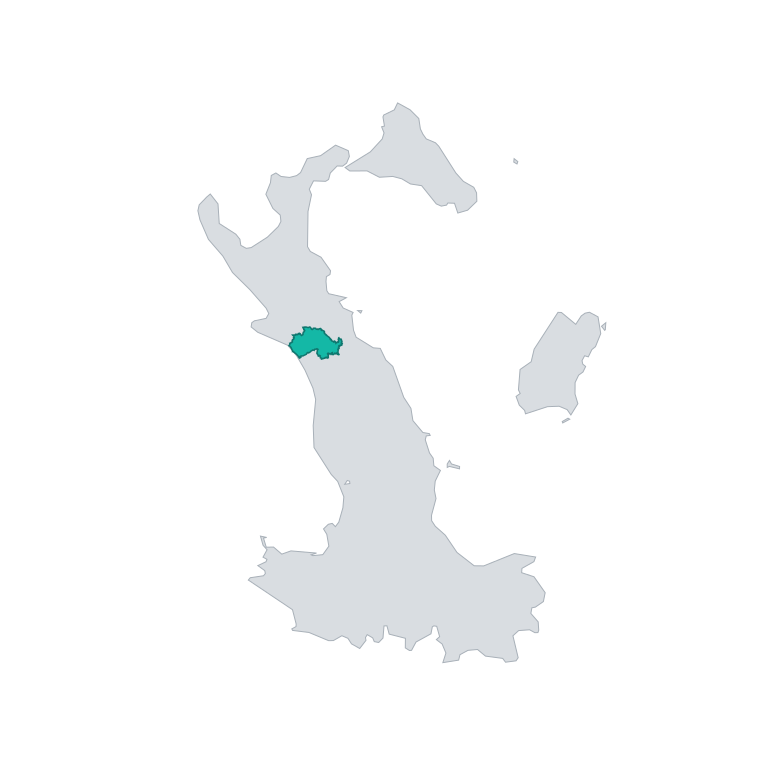 location of Molise, Campobasso, Italy, rotated 204°
{"feature_id": "23120603B60242334488993", "entity_name": "Molise", "entity_type": "district", "adm_level": 2, "iso_a3": "ITA", "parent_name": "Italy", "parent_adm1": "Campobasso", "projection": "robinson", "projection_center": [14.558, 41.717], "detail": "fine", "context": "in_parent", "style": "filled", "palette": "teal", "viewbox_px": 768, "rotation_deg": 204, "n_neighbors": 0, "source": "geoboundaries", "source_scale": "gbopen_adm2", "svg_char_len": 9241}
<svg xmlns="http://www.w3.org/2000/svg" viewBox="0 0 768 768"><g transform="rotate(204 384 384)"><path d="M159.8,179.3L164.0,181.6L180.6,176.7L190.6,179.5L199.0,174.8L204.5,167.6L203.5,162.1L216.9,153.4L218.0,163.4L225.1,170.1L232.2,171.8L230.4,175.8L237.3,184.1L240.1,183.3L241.1,181.8L239.5,174.9L249.8,161.3L250.5,151.9L252.3,150.9L257.2,151.6L261.0,160.4L277.5,157.6L283.0,164.3L285.6,163.0L281.6,151.5L283.7,145.7L288.1,144.7L291.1,147.5L297.4,148.2L297.8,144.8L296.2,142.5L298.6,132.5L308.0,133.4L313.5,137.0L320.1,136.9L325.9,129.0L330.3,127.0L351.5,126.5L367.3,121.7L368.6,122.8L365.7,126.6L366.6,129.0L375.8,140.6L428.2,149.7L427.4,152.6L416.1,159.8L415.3,162.6L417.0,165.0L425.4,166.8L419.5,173.6L419.6,176.2L424.1,176.6L423.4,185.0L428.9,187.5L435.0,194.8L428.8,196.1L431.4,194.2L425.2,187.0L418.6,190.1L408.2,187.0L401.1,193.7L376.9,202.1L381.1,198.3L379.3,198.2L370.5,203.2L368.4,213.4L375.1,223.4L380.3,227.0L377.8,233.2L374.6,235.6L370.4,233.9L369.1,239.4L371.2,254.2L374.8,264.6L386.7,276.2L395.4,279.9L422.1,297.5L431.8,317.3L440.1,342.0L447.2,351.3L461.8,364.5L475.2,374.2L487.7,380.2L520.4,379.9L528.6,382.1L529.7,386.2L528.1,389.0L518.4,396.0L517.9,401.5L522.5,405.3L544.8,415.6L567.7,424.2L583.2,435.3L603.2,444.7L618.9,459.1L624.5,466.6L625.7,472.5L622.0,482.7L620.0,486.9L608.9,481.0L599.8,463.6L580.3,460.6L574.5,457.6L571.2,452.4L565.0,451.9L560.8,454.6L550.2,470.8L544.6,484.9L544.3,490.6L547.5,496.1L556.9,499.2L569.1,509.3L569.6,521.7L571.8,528.7L568.6,532.8L562.5,531.7L554.3,534.3L548.6,538.8L546.2,543.2L545.8,558.7L534.8,566.8L525.4,582.5L511.5,582.6L508.2,577.8L508.0,570.6L510.4,566.2L515.5,564.1L518.9,554.9L517.8,548.3L519.8,545.4L531.0,540.9L531.5,531.6L527.2,527.4L523.6,510.7L509.7,478.3L505.2,475.1L493.1,474.2L478.9,465.7L477.9,462.1L480.3,458.7L478.7,454.1L474.2,446.0L471.2,444.0L453.5,447.5L458.5,441.0L452.2,436.8L441.3,436.8L441.4,433.8L433.7,420.7L428.5,415.4L408.5,412.7L401.9,415.0L392.1,406.7L383.1,403.6L360.5,379.8L349.5,372.7L342.7,362.3L328.8,355.5L322.4,357.1L320.9,355.8L324.3,353.8L323.6,349.8L314.4,339.5L308.9,336.2L305.2,329.6L297.3,328.0L297.7,316.1L294.9,307.6L289.9,300.5L287.2,283.4L284.9,278.5L279.3,274.9L266.5,270.8L248.8,259.8L227.7,254.6L218.9,258.4L196.0,282.1L175.1,287.6L174.8,282.7L183.0,271.7L181.5,267.6L168.6,268.9L151.9,258.9L149.9,250.1L155.0,241.7L157.9,239.7L156.5,234.1L146.4,229.4L142.5,222.0L142.3,219.5L145.0,218.2L151.0,218.7L160.7,213.5L163.8,206.4L150.1,188.5L150.8,184.8L159.8,179.3ZM378.3,280.9L379.1,276.4L374.7,279.2L375.9,281.2L378.3,280.9ZM507.6,565.9L490.9,590.5L485.3,607.1L486.1,613.4L490.8,618.0L488.5,619.8L493.6,627.6L493.6,629.7L486.1,638.6L485.9,646.3L471.7,645.1L460.2,640.7L454.5,631.8L450.0,628.0L445.1,625.1L435.1,625.3L430.7,623.5L404.2,606.0L393.9,601.4L382.0,600.2L377.2,596.3L373.5,588.7L378.3,576.8L386.1,570.2L393.1,577.8L399.3,575.3L399.6,572.9L404.0,569.8L409.5,569.8L430.3,580.5L441.2,577.5L451.2,578.7L460.4,577.2L472.3,571.0L486.1,571.8L501.9,564.7L507.6,565.9ZM258.8,433.3L265.6,452.6L258.6,464.2L261.0,476.9L254.2,520.2L251.0,521.5L233.1,516.5L231.5,526.4L229.1,530.5L225.5,533.1L215.8,532.4L206.5,518.2L206.0,504.1L208.1,500.0L208.4,491.9L212.2,491.4L212.6,485.9L210.5,483.0L206.9,482.0L207.1,475.9L209.8,471.2L210.0,463.0L205.4,452.5L198.9,444.9L200.7,431.7L206.3,435.1L215.0,434.9L225.4,429.8L242.6,414.3L244.8,417.1L251.8,419.7L258.3,426.4L255.7,430.7L258.8,433.3ZM292.3,333.5L293.7,336.6L293.1,340.8L289.8,338.4L281.4,339.4L280.5,337.2L290.8,335.3L292.3,333.5ZM208.8,525.2L206.3,530.2L203.9,523.6L204.2,522.8L208.8,525.2ZM205.9,422.2L202.0,427.6L200.0,427.4L204.9,421.1L205.9,422.2ZM356.8,642.8L352.2,641.6L352.0,639.1L355.7,639.5L356.8,642.8ZM437.9,440.4L434.0,442.0L434.1,439.3L437.9,440.4Z" fill="#d9dde1" stroke="#a8b0b8" stroke-width="1"/><path d="M438.6,404.0L438.9,404.2L439.8,404.5L439.9,404.8L439.9,405.1L439.6,405.5L439.8,405.9L440.2,405.9L440.4,406.1L440.6,406.3L440.8,406.5L440.7,406.8L441.0,406.9L441.1,407.2L441.3,407.5L442.0,407.2L442.4,407.3L443.0,407.1L443.5,407.6L443.8,407.5L444.1,407.8L444.2,407.6L444.0,407.1L443.8,406.9L443.9,406.7L444.0,406.3L443.9,406.0L443.7,405.8L443.6,405.7L443.4,405.6L442.8,404.7L442.8,404.3L443.1,404.1L442.9,403.8L443.1,403.8L443.1,403.6L443.5,403.4L443.7,403.0L443.8,403.0L443.8,402.8L444.2,402.7L444.4,402.2L444.5,401.7L445.1,402.3L445.6,402.6L445.8,402.9L446.4,403.1L446.4,402.3L446.7,402.0L446.8,402.2L447.4,402.3L447.4,402.1L448.0,402.1L448.5,402.2L449.0,402.1L449.5,402.2L449.5,402.4L449.8,402.8L451.1,402.8L451.6,403.3L451.3,403.5L452.1,403.8L453.0,404.4L453.7,404.4L454.2,404.6L455.6,404.9L456.1,405.2L456.6,405.0L456.9,405.5L457.1,405.5L457.8,405.8L458.3,405.7L458.8,406.1L459.2,406.2L459.4,406.4L459.3,406.7L459.5,406.9L459.4,407.0L459.7,407.6L460.2,407.7L460.4,408.0L460.6,408.0L461.1,407.9L462.3,408.1L462.9,407.5L463.2,407.6L463.5,408.0L463.8,408.4L463.6,408.5L464.4,408.9L464.6,408.7L464.9,408.7L465.5,408.2L465.7,407.7L466.1,407.4L466.4,407.2L466.6,407.3L466.8,407.4L467.0,407.1L466.8,406.9L467.4,406.7L467.9,406.5L468.3,406.5L468.6,406.7L468.7,406.9L469.1,407.1L470.0,406.7L470.6,406.6L470.8,406.3L471.1,406.2L471.0,405.9L471.4,405.4L471.3,405.1L471.4,404.8L471.9,404.5L472.3,404.5L472.8,404.7L473.1,405.1L473.3,405.2L473.6,405.4L474.0,405.5L474.3,405.8L474.8,405.9L475.3,405.7L476.0,404.8L477.1,404.5L477.4,404.5L478.6,404.3L478.8,404.2L479.1,403.8L480.0,403.6L480.1,403.4L480.1,403.1L480.6,403.1L480.8,402.8L481.1,402.7L480.7,402.3L479.9,401.8L479.4,401.1L478.9,401.0L478.8,400.8L478.7,401.0L478.2,400.7L478.2,400.2L478.2,399.5L478.5,398.9L478.5,398.6L478.7,398.4L478.5,398.1L478.6,397.7L478.7,397.4L478.5,397.1L478.5,396.9L478.6,396.6L478.8,396.6L478.6,396.5L478.5,396.4L478.3,396.4L478.1,396.2L478.6,395.5L478.9,394.8L479.1,394.7L479.5,395.0L480.3,395.1L480.4,395.5L480.7,395.7L480.9,395.5L481.1,395.9L481.8,395.9L481.7,395.5L481.8,395.3L482.0,395.2L482.6,395.2L482.5,394.7L482.8,394.1L483.2,394.0L483.6,394.1L483.6,393.7L483.9,393.7L484.1,393.5L484.5,393.4L484.3,393.2L484.5,392.9L484.6,393.0L484.6,393.3L485.0,393.4L485.1,393.2L485.1,392.7L485.6,392.3L486.2,392.1L487.4,391.5L487.2,391.4L486.8,391.4L486.7,391.4L486.5,391.2L486.2,391.2L485.7,390.9L485.5,390.5L484.9,389.8L485.0,389.5L485.4,389.6L485.5,389.5L485.1,389.0L485.0,388.8L484.8,388.7L484.7,388.6L484.9,388.1L484.9,387.8L485.5,387.5L485.5,387.0L485.6,386.9L485.4,386.5L485.5,386.3L485.5,386.0L485.3,385.8L485.2,385.8L485.1,385.5L484.8,385.2L485.0,384.9L485.0,384.6L485.1,384.4L485.4,384.4L485.7,384.2L485.9,383.8L485.9,383.3L486.6,382.9L486.4,382.7L486.4,382.3L486.2,382.1L486.1,381.9L486.3,381.1L486.3,380.7L486.4,380.4L485.1,380.2L484.0,379.7L483.8,379.5L483.7,379.5L483.6,379.4L483.8,379.4L483.3,379.1L483.2,378.9L482.2,378.2L482.1,377.9L480.9,377.2L480.7,376.8L480.7,376.7L480.8,376.7L480.7,376.7L480.9,376.5L481.0,376.7L480.9,376.5L480.5,376.6L479.2,376.4L476.5,375.7L474.5,374.9L472.7,373.9L472.4,373.5L471.7,373.3L471.4,373.6L470.9,374.7L471.4,374.8L471.8,375.1L471.7,375.3L471.0,376.0L470.7,376.1L470.2,376.4L469.6,376.6L469.1,377.1L468.4,378.1L468.0,378.4L467.5,379.1L467.1,379.5L467.0,379.8L467.0,380.2L466.9,381.1L466.5,381.3L466.4,381.7L466.0,381.6L466.0,381.9L465.2,382.2L464.9,382.4L464.7,382.9L464.2,383.7L464.2,384.3L463.7,384.8L463.6,385.1L463.4,385.2L463.3,385.5L463.0,386.0L462.7,385.9L462.3,386.1L461.8,386.8L461.7,386.8L461.6,387.0L461.4,386.9L461.5,387.3L461.4,387.6L460.4,388.1L460.1,388.3L459.8,388.8L459.6,389.0L458.9,388.8L458.4,388.8L458.5,388.2L458.8,388.1L458.4,387.3L458.3,387.0L458.3,386.6L458.1,386.3L458.1,385.9L458.0,385.6L458.0,385.3L457.8,384.8L457.3,384.9L457.1,384.2L456.8,384.1L456.4,383.7L455.9,383.4L455.6,383.5L455.2,383.6L455.1,383.2L455.1,382.9L454.5,383.2L454.6,383.4L454.3,383.9L454.1,383.8L453.7,383.8L453.7,383.4L453.1,382.6L452.9,382.1L452.5,382.2L452.1,382.2L452.0,381.9L451.6,381.8L451.3,381.3L451.1,381.4L450.7,381.8L450.7,382.1L450.4,382.1L450.3,382.3L450.0,382.3L449.9,382.6L449.7,382.8L448.9,383.2L448.8,383.3L449.0,383.4L448.8,383.7L448.7,383.7L448.5,384.2L448.2,384.2L447.9,384.5L447.9,384.3L447.6,384.5L447.8,384.7L447.6,384.8L447.3,384.8L447.2,384.5L446.4,384.8L446.3,385.0L446.0,384.9L446.0,385.2L445.6,385.5L445.8,385.8L446.0,386.3L446.1,386.1L446.4,386.4L446.4,387.0L446.6,387.3L446.5,387.5L446.6,388.0L446.9,388.2L447.6,388.3L447.9,388.6L447.8,388.8L447.6,389.1L447.6,389.5L446.9,389.5L446.8,389.3L446.8,388.7L446.7,388.6L446.3,389.0L446.2,389.2L446.3,389.4L446.1,389.6L445.4,389.6L445.1,389.9L444.6,389.6L444.6,389.8L444.3,390.1L444.6,390.4L444.7,390.7L444.5,391.1L444.0,391.6L443.9,391.2L443.7,390.9L443.6,390.5L443.5,390.1L443.1,390.0L442.4,390.1L442.3,390.4L441.8,391.0L441.8,391.9L440.7,391.8L440.6,392.1L440.4,392.5L440.3,392.9L439.3,392.3L438.8,392.2L437.7,392.2L437.4,392.3L437.1,392.6L437.5,393.0L437.9,393.1L438.0,393.2L438.2,393.3L438.6,393.8L438.9,393.9L438.9,394.0L439.1,394.2L439.1,394.6L439.3,395.0L439.4,395.8L439.8,396.4L440.1,396.6L439.9,397.0L440.1,397.5L439.7,397.6L439.5,398.1L439.5,398.3L439.6,398.6L440.5,399.0L440.6,399.3L440.4,399.9L440.1,399.9L439.9,400.2L439.9,400.3L440.6,400.8L440.3,401.0L440.1,401.3L439.3,401.4L439.1,401.7L438.7,402.0L438.4,402.4L438.5,402.5L438.6,402.4L438.9,402.8L439.3,403.0L438.7,403.5L438.8,403.6L438.6,404.0Z" fill="#14b8a6" stroke="#0f766e" stroke-width="1.5"/></g></svg>